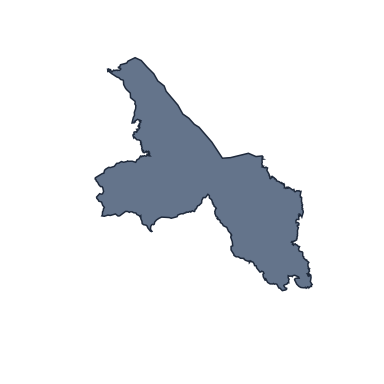 the district of Amansie South, Ashanti, Ghana, rotated 321°
{"feature_id": "2480657B37143689168174", "entity_name": "Amansie South", "entity_type": "district", "adm_level": 2, "iso_a3": "GHA", "parent_name": "Ghana", "parent_adm1": "Ashanti", "projection": "natural_earth1", "projection_center": [-2.012, 6.309], "detail": "fine", "context": "isolated", "style": "filled", "palette": "slate", "viewbox_px": 384, "rotation_deg": 321, "n_neighbors": 0, "source": "geoboundaries", "source_scale": "gbopen_adm2", "svg_char_len": 6120}
<svg xmlns="http://www.w3.org/2000/svg" viewBox="0 0 384 384"><g transform="rotate(321 192 192)"><path d="M106.9,153.8L108.6,155.7L112.1,157.0L113.7,158.8L118.7,160.9L119.4,164.1L120.8,165.0L128.2,165.3L129.8,166.7L130.5,168.4L131.5,168.5L133.0,169.7L133.6,171.4L135.2,173.0L135.0,174.8L136.1,177.1L136.0,178.3L137.2,178.2L135.4,180.6L134.7,183.2L133.4,185.2L133.8,186.9L135.4,188.8L135.7,190.3L135.1,191.9L135.0,195.9L135.5,197.2L136.1,197.4L136.2,195.0L138.2,192.8L140.0,192.1L140.9,192.3L141.6,193.2L142.5,193.2L144.0,191.9L146.8,191.4L150.0,191.7L152.6,192.4L158.3,197.6L159.3,199.3L164.8,201.8L166.6,201.0L169.8,202.0L171.6,203.5L172.5,203.5L174.2,204.3L174.8,204.0L176.4,205.4L178.2,205.8L178.4,206.8L180.4,206.8L181.4,208.6L181.9,208.7L183.6,207.5L184.7,207.7L187.6,206.3L189.1,206.8L192.6,206.5L194.4,204.6L197.3,203.4L198.9,204.8L202.9,203.8L203.2,205.7L201.8,207.5L202.4,210.3L201.6,212.6L201.0,213.3L201.4,213.9L200.6,214.9L200.8,215.9L200.2,217.0L200.7,218.9L200.5,220.1L199.8,220.0L197.2,221.7L196.8,222.8L196.3,223.1L195.3,226.4L195.9,227.5L195.7,228.6L194.8,228.5L194.9,229.8L195.9,230.8L195.7,232.2L194.9,233.5L195.5,235.9L195.1,237.9L196.8,241.4L195.7,245.4L196.0,248.9L195.5,249.7L195.8,250.0L195.3,250.8L194.5,250.8L193.6,251.6L192.1,255.9L189.8,259.4L188.1,258.9L185.9,261.6L185.3,266.9L184.7,267.7L185.5,270.1L187.2,271.5L188.0,274.0L190.5,276.2L190.2,277.2L190.6,278.8L192.0,281.0L193.0,281.6L192.1,283.0L194.3,282.5L194.5,283.9L195.2,284.5L195.2,286.6L194.3,288.6L195.4,289.7L194.5,291.6L194.4,297.0L195.2,297.5L196.3,297.4L197.1,298.8L196.7,300.5L195.4,300.5L194.0,302.8L193.3,306.6L193.9,306.8L194.2,305.7L194.7,305.7L193.9,309.9L194.8,312.5L196.9,314.3L197.7,314.4L197.9,315.4L198.9,315.8L199.9,317.1L199.1,321.3L199.8,322.1L200.1,325.5L203.3,327.1L204.5,327.0L205.0,326.4L204.1,325.2L204.3,322.6L205.2,322.3L207.9,323.3L209.3,322.8L210.0,323.5L211.5,321.4L212.6,320.9L212.7,319.2L214.1,317.6L214.9,319.0L216.2,319.7L216.7,320.9L217.9,320.5L219.5,321.4L221.4,325.2L221.0,326.4L218.7,324.5L217.0,324.3L216.5,324.7L215.4,329.5L215.7,332.6L216.5,334.7L218.9,337.1L220.1,337.4L220.1,338.6L222.1,338.6L222.0,339.4L222.5,339.1L222.9,340.1L224.8,339.9L225.4,340.5L226.0,339.5L227.1,339.6L227.5,336.2L230.6,333.5L232.0,331.4L231.6,329.7L230.6,331.0L229.7,331.0L229.4,330.0L230.1,329.2L230.0,328.1L231.5,328.9L231.8,327.9L233.6,327.4L233.9,326.3L234.9,325.7L234.1,325.2L234.3,324.4L235.0,324.3L235.3,322.9L236.8,320.8L238.5,320.2L238.0,317.6L238.3,316.9L237.7,316.6L237.2,313.4L238.0,312.8L237.8,311.4L239.9,308.8L240.0,308.0L238.2,305.5L238.8,303.4L241.2,302.1L240.4,301.1L240.2,299.1L239.5,298.1L239.7,297.4L238.8,296.9L237.4,297.2L237.2,295.7L238.1,295.6L238.4,294.7L237.7,293.5L238.5,293.3L239.9,294.6L240.8,294.3L241.2,294.8L243.3,295.0L243.9,294.1L244.7,294.0L245.2,293.0L246.5,292.4L247.0,291.4L247.6,291.1L249.7,288.3L252.3,286.6L252.2,285.1L252.9,284.2L254.2,284.9L255.3,283.7L255.0,282.2L253.5,281.4L254.8,279.6L256.1,279.2L257.7,280.6L259.5,278.2L260.2,278.4L260.3,277.1L261.3,277.6L261.6,276.8L262.0,277.4L261.5,278.6L262.1,279.1L261.7,280.5L265.9,277.6L266.8,275.8L266.7,274.8L267.7,274.4L267.5,273.5L269.0,272.4L268.9,271.7L269.9,271.5L270.2,269.7L270.9,269.2L270.9,268.5L273.7,265.3L273.1,264.4L273.6,264.1L273.6,263.0L277.1,260.1L276.1,259.4L276.0,258.3L275.1,258.0L274.4,257.0L272.3,256.7L271.9,256.0L272.8,254.1L271.4,253.6L270.5,250.0L269.7,249.7L270.0,249.0L269.7,248.7L269.2,249.4L268.5,249.1L268.5,248.0L267.2,248.3L267.0,247.3L266.4,246.9L267.6,245.8L267.6,245.2L268.3,244.5L267.8,244.0L268.6,243.3L267.4,242.4L267.7,241.9L267.1,241.6L267.3,240.8L266.5,240.5L266.3,239.0L264.7,236.4L265.2,235.6L265.1,234.1L264.5,233.7L264.9,233.0L264.1,230.2L263.6,230.2L263.9,231.3L263.1,230.8L261.3,231.0L261.1,230.6L262.5,228.4L262.2,227.9L263.0,226.9L263.8,222.3L265.8,220.9L265.1,219.2L264.0,219.2L262.4,216.7L263.6,216.7L263.1,216.1L264.0,213.9L265.0,213.4L266.6,211.1L267.3,210.8L268.1,211.3L267.5,210.2L268.1,209.5L269.2,209.5L269.2,208.1L264.0,204.7L260.2,197.4L243.5,189.5L236.9,184.9L238.8,165.7L238.2,146.1L236.4,140.9L236.0,132.8L233.9,125.6L235.7,115.5L235.3,97.4L237.1,92.1L235.3,84.1L236.7,76.0L235.7,66.7L235.3,57.9L232.3,51.8L224.6,50.0L222.4,50.7L216.5,48.1L214.7,49.1L213.3,48.7L213.0,49.2L214.3,51.1L213.9,51.7L212.1,51.8L210.9,50.5L210.5,50.6L209.8,49.5L208.4,49.1L207.9,48.0L205.6,48.3L205.2,46.1L205.7,45.6L204.8,44.7L204.7,43.9L203.7,43.5L203.6,44.3L202.8,44.7L202.4,45.4L203.7,46.0L203.5,46.7L204.1,49.6L206.0,55.4L207.1,57.1L207.4,59.7L208.8,61.6L208.8,62.2L206.5,65.5L205.7,69.1L205.6,71.2L206.3,76.3L203.6,80.0L204.8,85.7L203.9,87.0L203.0,87.5L202.8,89.4L200.6,91.8L197.3,93.8L195.5,96.3L193.4,97.1L188.8,100.6L190.6,101.8L191.0,101.2L192.1,101.8L192.3,101.0L195.4,101.3L196.3,103.0L196.0,103.5L196.7,103.5L197.1,104.5L196.0,104.5L196.1,105.4L194.3,105.6L194.1,106.4L192.2,107.9L191.8,107.4L192.4,106.6L191.5,106.9L191.4,108.1L192.0,108.9L191.6,109.3L190.5,109.6L188.5,108.5L188.6,110.0L187.4,109.9L187.1,110.6L186.5,110.6L186.0,109.7L184.8,109.0L184.1,109.4L183.5,110.7L182.4,110.3L181.6,111.0L180.8,113.4L181.8,113.2L182.0,116.7L183.6,118.2L184.2,120.3L183.1,121.4L183.4,122.1L182.1,122.6L182.4,123.9L181.7,124.3L181.3,125.8L180.0,126.9L180.1,128.1L179.6,128.3L180.2,129.1L179.2,129.4L179.5,130.2L179.0,130.6L179.8,131.6L181.5,131.5L181.5,132.3L182.4,131.9L182.6,133.0L183.8,133.0L183.9,134.1L182.1,134.7L182.1,135.9L182.7,135.9L182.0,136.6L182.1,137.5L181.3,136.8L181.0,135.1L180.8,135.4L180.3,134.8L179.9,135.4L178.8,135.2L177.8,133.7L176.7,133.6L176.0,132.6L175.1,132.9L174.6,131.7L171.6,132.8L169.6,132.3L166.9,133.5L164.9,130.4L161.7,128.0L161.6,127.4L160.6,127.3L157.6,125.9L156.3,123.9L153.3,123.5L151.4,122.3L147.8,123.2L144.0,121.7L142.8,120.4L139.2,119.9L137.7,120.1L135.3,121.9L133.8,121.2L125.9,120.1L124.9,120.9L125.2,121.7L124.6,123.1L124.8,125.1L124.2,127.6L124.3,130.2L125.5,131.2L125.3,132.6L123.6,136.0L121.3,137.1L120.1,136.6L119.2,135.2L114.6,135.9L114.0,137.1L114.2,138.8L113.8,140.4L115.4,142.9L114.2,146.1L114.2,148.8L112.5,149.4L111.4,150.6L110.0,151.1L107.9,153.4L106.9,153.8Z" fill="#64748b" stroke="#1e293b" stroke-width="1.5"/></g></svg>